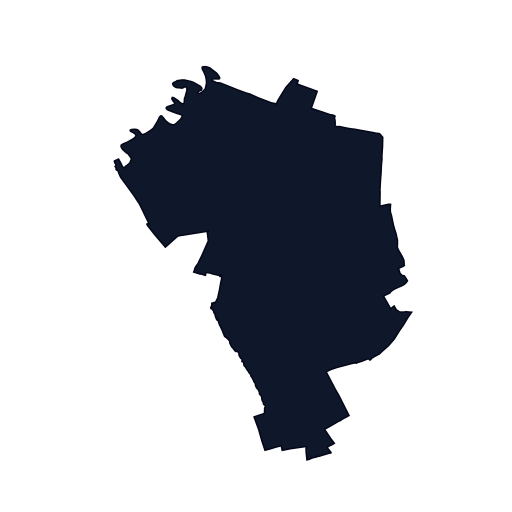 outline of Berezeni, Vaslui, Romania, rotated 200°
{"feature_id": "2599482B46887987422837", "entity_name": "Berezeni", "entity_type": "district", "adm_level": 2, "iso_a3": "ROU", "parent_name": "Romania", "parent_adm1": "Vaslui", "projection": "albers", "projection_center": [28.128, 46.41], "detail": "fine", "context": "isolated", "style": "filled", "palette": "ink", "viewbox_px": 512, "rotation_deg": 200, "n_neighbors": 0, "source": "geoboundaries", "source_scale": "gbopen_adm2", "svg_char_len": 6110}
<svg xmlns="http://www.w3.org/2000/svg" viewBox="0 0 512 512"><g transform="rotate(200 256 256)"><path d="M348.6,406.4L352.7,405.4L356.8,405.9L357.3,406.3L357.4,407.0L357.1,407.6L353.2,409.1L351.7,409.5L350.9,410.2L351.1,411.0L351.5,411.6L354.4,413.7L355.6,414.4L358.4,415.3L363.8,417.0L366.0,417.0L368.5,416.6L370.5,415.7L371.1,415.1L371.0,414.3L370.1,412.9L368.6,411.7L365.2,408.2L363.3,405.2L361.9,402.2L361.6,401.4L360.9,396.1L361.0,395.3L362.6,391.9L364.2,389.8L365.4,389.0L366.2,389.3L366.4,390.1L366.2,390.9L365.8,391.6L364.1,393.1L364.0,394.6L364.4,395.3L366.4,396.5L367.1,396.6L373.7,397.7L376.3,397.8L383.2,397.0L385.4,396.3L390.1,393.8L391.0,392.5L392.7,390.9L393.1,390.0L393.2,389.3L392.8,388.7L391.6,387.7L390.9,387.4L388.6,387.0L382.7,388.5L380.5,390.7L379.8,391.0L379.1,390.7L378.1,389.5L377.6,388.0L377.0,380.8L377.2,380.0L375.9,375.3L376.1,374.5L376.6,374.1L378.1,373.9L379.7,374.2L382.6,375.5L386.0,376.3L387.4,376.6L388.9,376.4L388.9,374.9L387.7,373.8L385.7,372.6L384.7,371.5L384.6,370.7L385.0,370.1L386.4,369.2L390.2,366.1L390.8,365.4L391.1,364.8L390.9,364.2L390.0,363.3L388.3,363.0L379.0,362.9L376.7,363.1L373.6,363.0L373.2,362.8L373.1,362.2L373.5,359.1L376.3,353.4L376.8,352.7L377.2,352.0L377.8,351.4L379.2,350.8L381.7,350.7L384.1,351.1L387.1,352.2L390.5,354.3L392.4,355.3L393.2,355.3L393.6,354.9L394.2,353.6L394.6,349.2L396.2,341.1L396.9,339.8L398.4,337.5L401.4,333.6L402.5,332.5L404.1,331.3L404.8,331.3L405.4,331.4L408.0,333.1L410.3,334.1L411.9,334.0L413.4,333.6L416.3,332.3L417.3,331.2L416.9,330.5L416.2,330.2L413.9,330.0L411.6,329.4L410.3,328.6L409.9,327.4L410.0,326.8L411.1,324.7L412.1,323.4L415.7,319.2L419.2,315.9L420.2,314.7L420.6,314.0L420.5,313.2L420.1,312.5L419.7,312.0L417.8,310.5L413.4,308.7L411.1,308.2L406.5,305.0L406.3,304.2L406.4,300.7L406.5,300.1L408.3,296.9L409.4,295.5L409.7,294.5L409.7,293.9L411.1,293.9L412.2,294.4L414.5,296.8L418.3,300.1L421.5,297.0L421.4,296.2L418.5,293.3L418.6,292.3L419.0,291.9L417.8,291.1L417.0,289.3L416.3,289.0L415.2,289.2L411.7,285.2L410.0,283.6L391.9,271.4L383.2,264.9L378.0,259.9L367.8,249.9L368.5,249.6L369.5,248.6L367.9,247.2L358.1,241.2L344.2,233.3L337.1,246.5L336.3,247.8L335.7,248.4L308.5,263.5L309.8,262.2L309.9,261.6L306.0,253.9L307.1,237.4L307.8,231.1L307.9,229.2L308.4,227.4L309.0,225.6L309.0,224.7L309.3,223.7L309.1,222.9L309.0,221.5L309.1,219.6L302.1,219.9L301.5,220.3L297.1,220.4L296.9,220.6L297.3,223.6L294.8,223.9L294.4,224.2L290.7,224.3L283.6,225.2L283.5,224.9L282.8,224.4L282.5,224.5L282.6,225.3L282.8,226.0L282.5,226.2L281.3,225.3L280.9,224.3L280.5,222.5L280.1,219.3L278.7,211.3L277.6,203.1L277.9,201.9L278.0,199.9L278.4,198.2L279.3,198.2L279.6,198.0L280.0,197.3L281.3,196.7L281.3,195.9L281.0,195.6L280.8,195.3L280.7,193.7L280.9,191.9L280.6,191.5L280.2,191.2L279.0,191.2L278.6,190.6L278.3,190.4L277.1,190.4L277.1,190.0L276.7,188.9L275.5,188.2L275.4,188.1L275.5,187.7L275.4,187.6L274.9,187.5L274.2,187.7L274.3,186.7L273.9,186.2L273.7,185.6L273.4,185.4L272.9,184.6L272.2,183.9L271.8,183.8L271.5,183.1L270.9,183.1L270.8,183.7L270.4,183.6L270.3,183.4L270.7,182.6L270.6,182.4L270.3,182.4L270.0,182.9L269.6,182.9L269.5,182.5L269.1,181.8L268.5,181.1L268.2,180.5L267.5,179.9L267.0,179.1L263.0,175.3L258.2,169.9L257.7,169.6L257.2,169.7L256.8,169.3L256.2,169.3L254.6,168.5L253.9,168.6L253.6,168.1L252.7,167.6L252.2,167.4L251.3,166.7L251.1,165.5L248.9,163.3L247.6,162.2L246.7,161.9L244.0,160.1L243.1,159.8L243.0,159.5L242.5,159.3L240.7,160.1L240.3,159.9L239.9,159.4L239.0,158.9L238.6,158.5L238.2,157.2L237.1,156.0L236.1,155.3L235.4,154.7L234.6,154.6L233.6,153.9L233.5,153.7L233.3,152.2L233.0,151.9L232.1,152.1L231.0,151.5L230.3,149.8L229.6,148.8L229.1,148.5L228.1,148.2L224.8,145.5L223.9,145.3L223.3,144.4L220.2,142.5L219.9,141.6L217.6,140.0L217.0,139.2L216.1,138.7L215.4,137.6L214.2,136.6L213.5,136.4L213.0,135.7L211.9,133.7L210.9,133.0L210.5,132.2L208.8,131.6L206.4,129.4L205.7,127.7L204.8,127.0L204.4,127.0L203.4,126.4L202.3,125.2L201.5,123.4L200.5,122.0L199.0,121.0L198.8,120.2L198.2,119.3L197.9,119.1L196.9,119.0L195.8,118.0L195.7,117.5L195.9,116.3L195.8,115.7L195.2,114.1L195.0,113.0L194.4,111.9L194.3,111.4L194.4,110.9L195.7,109.8L201.1,105.5L202.8,104.1L194.1,93.8L187.2,84.2L181.1,76.5L177.1,79.3L172.1,83.1L167.1,86.5L166.8,85.4L164.9,82.3L157.5,86.8L144.2,93.9L143.7,94.0L143.5,93.8L143.1,92.0L141.6,88.4L138.4,81.8L136.6,83.0L135.4,84.1L134.8,84.8L132.7,86.4L130.2,88.0L129.8,88.5L127.9,89.6L121.0,94.8L118.2,96.6L118.3,97.1L122.8,99.8L123.3,100.8L123.3,101.3L123.1,101.6L119.7,105.0L118.3,106.8L123.3,110.0L132.3,116.6L128.8,120.6L122.0,128.8L120.2,130.4L119.6,131.6L114.0,137.9L130.2,153.1L136.0,158.0L150.5,171.2L146.6,175.1L141.7,179.0L129.8,187.3L127.1,189.0L125.9,189.5L124.9,189.6L124.4,190.4L120.5,193.3L115.6,197.7L115.0,197.8L113.6,197.2L113.1,197.3L112.1,199.7L110.3,202.0L106.8,205.9L106.7,205.9L104.0,211.2L100.8,217.0L97.7,225.2L95.5,235.5L93.9,241.4L92.2,250.1L91.2,253.9L91.0,254.3L90.9,255.1L90.5,256.4L96.5,254.8L96.9,254.2L97.7,254.0L100.8,252.8L102.3,252.6L105.4,253.4L106.5,253.9L106.6,254.2L109.1,256.3L110.0,254.9L111.4,252.5L122.5,262.0L117.6,267.0L117.0,268.9L115.3,271.4L113.7,273.2L110.4,276.4L109.3,277.3L107.1,279.8L105.7,282.4L105.2,284.5L107.3,286.3L109.8,288.1L112.3,287.7L113.7,288.6L114.6,288.8L117.8,293.1L114.2,296.6L113.3,297.9L113.9,298.8L115.2,301.9L115.5,302.5L118.3,305.4L124.0,310.2L126.0,312.3L126.5,313.5L127.2,315.9L128.5,319.3L132.2,325.1L135.3,329.1L137.7,332.5L142.5,340.3L144.6,343.1L145.8,345.8L147.2,350.6L149.1,350.0L156.6,345.2L161.4,358.9L161.6,358.8L165.1,370.4L166.6,375.9L169.5,385.2L170.6,389.7L172.0,393.4L174.6,402.4L177.5,410.9L181.0,412.9L182.4,413.2L185.6,412.3L186.7,412.3L207.1,408.8L209.8,408.1L214.2,407.3L222.0,406.2L224.3,405.1L225.9,405.4L226.4,405.7L226.8,407.5L227.4,408.7L227.8,409.9L228.1,410.3L228.7,411.6L229.4,412.3L229.6,413.8L229.5,414.3L230.0,414.7L232.5,414.7L234.2,414.2L254.6,413.7L254.8,431.7L275.2,431.7L276.1,431.3L276.4,435.3L281.3,435.5L285.6,424.6L288.4,411.1L288.8,408.4L288.7,407.5L289.0,406.0L293.9,405.2L307.9,405.4L317.3,406.1L321.1,405.8L329.0,405.8L348.6,406.4Z" fill="#0f172a" stroke="#020617" stroke-width="1.5"/></g></svg>